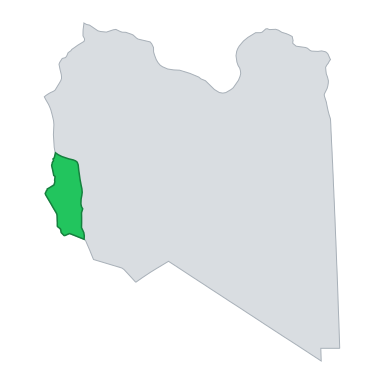 where Ghat sits in Libya
{"feature_id": "LBY-2968", "entity_name": "Ghat", "entity_type": "Municipality", "adm_level": 1, "iso_a3": "LBY", "parent_name": "Libya", "parent_adm1": "", "projection": "equal_earth", "projection_center": [10.299, 26.072], "detail": "fine", "context": "in_parent", "style": "filled", "palette": "green", "viewbox_px": 384, "rotation_deg": 0, "n_neighbors": 0, "source": "natural_earth", "source_scale": "10m", "svg_char_len": 3982}
<svg xmlns="http://www.w3.org/2000/svg" viewBox="0 0 384 384"><path d="M48.1,94.0L50.3,92.7L53.4,91.3L55.0,90.2L55.6,89.3L57.9,85.5L59.2,83.4L60.8,80.6L61.5,78.6L61.5,76.8L61.3,74.6L60.0,69.3L59.0,64.2L59.8,62.2L60.4,61.3L61.9,58.9L62.4,58.4L65.5,57.6L66.7,56.0L67.6,54.0L67.9,53.0L69.2,51.9L70.8,50.8L71.8,49.4L75.0,47.2L77.9,45.1L81.4,43.0L84.0,41.4L84.5,40.0L84.5,38.7L83.0,35.9L83.0,32.6L83.1,29.8L83.3,28.2L83.9,23.7L83.9,23.0L86.6,24.5L89.5,25.1L97.9,30.8L100.5,31.5L106.4,32.1L113.3,29.8L115.9,29.4L120.4,31.6L122.4,32.2L125.8,32.3L131.6,34.3L133.1,35.0L136.5,38.1L138.1,39.1L150.1,41.9L151.7,43.8L153.5,47.5L153.6,52.0L154.6,55.3L156.2,59.5L158.0,62.6L160.1,65.1L162.4,66.7L167.7,69.0L173.6,69.9L179.6,70.2L190.0,73.4L198.8,77.1L201.0,78.9L205.4,80.7L214.4,89.5L219.3,92.5L222.7,93.1L225.8,92.6L231.1,89.5L233.3,87.7L238.5,80.2L240.1,76.2L240.7,73.5L240.4,70.6L239.7,68.1L238.1,65.5L236.9,62.0L236.0,55.7L236.7,51.3L237.7,48.7L239.2,46.1L243.5,41.0L247.9,37.4L255.6,32.7L260.2,32.7L262.1,32.2L265.8,28.9L267.3,28.7L269.4,29.6L275.7,29.3L278.5,30.2L281.8,32.3L286.1,33.6L289.0,34.8L292.2,36.5L293.1,40.6L292.8,41.8L292.8,43.4L296.2,46.2L305.5,47.5L307.4,48.2L310.0,50.4L311.7,51.1L318.0,51.4L321.6,50.9L325.2,51.7L326.5,52.4L328.0,54.1L329.8,58.2L330.5,59.6L329.9,60.3L329.0,61.7L328.4,63.0L326.8,65.1L325.6,67.3L325.9,70.6L326.3,73.9L327.5,77.1L328.4,80.8L328.3,83.1L327.8,86.0L327.1,88.5L324.6,93.5L324.2,94.7L324.5,96.4L326.4,102.3L326.7,104.2L327.9,110.0L329.1,114.7L330.3,118.4L330.5,119.5L330.8,124.9L331.0,130.4L331.3,135.9L331.5,141.4L331.8,146.9L332.1,152.4L332.3,158.0L332.6,163.5L332.8,169.0L333.1,174.5L333.3,180.1L333.5,185.6L333.8,191.2L334.0,196.7L334.3,202.3L334.5,207.9L334.7,213.4L335.0,219.0L335.2,224.6L335.4,230.2L335.6,235.8L335.9,241.4L336.1,247.0L336.3,252.6L336.5,258.2L336.7,263.9L337.0,269.5L337.2,275.1L337.4,280.8L337.6,286.4L337.8,292.1L338.0,297.7L338.4,310.3L338.9,322.9L339.3,335.5L339.7,348.1L339.5,348.3L334.8,348.3L330.1,348.3L325.5,348.3L320.8,348.3L320.9,351.5L321.0,354.6L321.1,357.8L321.2,361.0L312.0,355.0L302.7,348.9L293.5,342.9L284.3,337.0L275.1,331.0L265.9,325.0L256.8,319.0L247.6,313.0L238.5,307.0L229.3,301.1L220.2,295.1L211.1,289.2L202.0,283.2L192.9,277.3L183.8,271.3L174.8,265.4L168.5,261.3L161.9,265.3L156.7,268.4L149.9,272.6L142.0,277.9L136.0,282.1L135.7,282.0L135.4,281.9L129.0,274.9L124.0,269.5L121.8,268.0L112.5,265.2L103.2,262.4L93.5,259.5L91.7,255.1L89.7,250.1L87.0,243.9L85.4,240.2L84.8,239.6L77.4,236.6L69.5,233.7L64.9,235.5L64.1,235.3L62.8,234.2L61.5,232.7L60.8,230.6L59.0,227.7L57.3,221.2L57.1,216.1L56.8,214.2L52.7,207.0L49.0,200.4L46.5,196.0L46.1,194.0L46.4,191.6L47.4,189.4L50.9,186.8L54.2,184.0L54.6,182.1L54.8,176.7L53.8,175.0L53.0,171.9L52.2,167.6L52.1,164.8L53.6,159.4L55.3,153.6L54.2,147.3L53.4,134.7L53.9,124.7L53.6,121.1L53.3,119.6L52.2,114.9L50.9,110.1L50.3,108.4L48.6,104.5L45.8,99.7L44.3,96.8L46.3,95.2L48.1,94.0Z" fill="#d9dde1" stroke="#a8b0b8" stroke-width="1"/><path d="M64.4,235.6L64.0,235.5L61.6,233.0L61.2,232.6L61.0,231.7L60.7,229.4L60.3,228.7L57.6,226.7L57.3,226.1L57.3,222.6L57.2,219.1L57.1,215.8L56.9,214.3L56.2,212.7L53.3,207.9L51.1,204.0L48.3,199.3L45.7,194.9L45.2,193.5L45.7,192.3L46.0,191.9L46.3,190.9L46.9,190.2L47.1,189.9L47.2,189.4L47.2,189.0L53.7,185.2L54.1,184.7L54.9,181.5L54.8,181.0L54.6,180.3L54.7,179.5L55.1,176.8L55.1,176.5L54.8,176.2L53.9,175.6L53.7,175.4L53.6,174.9L53.2,172.3L51.7,165.8L51.7,165.4L51.7,165.0L52.1,164.0L52.3,162.5L52.6,162.0L53.4,161.0L53.5,160.5L53.3,160.0L53.1,159.5L53.0,158.9L53.5,158.5L54.0,158.2L54.3,157.7L55.5,152.8L58.2,154.7L61.8,156.5L65.3,157.7L68.9,158.9L73.2,159.9L75.6,160.9L77.2,162.2L78.2,164.9L78.8,170.7L79.3,174.1L80.0,179.2L81.2,185.6L81.9,188.8L82.2,192.3L81.8,195.4L81.1,199.1L80.9,203.9L81.5,206.7L82.7,208.8L81.5,212.8L81.6,217.7L81.6,222.9L81.5,227.6L83.8,232.6L84.3,235.9L84.1,239.3L78.1,236.9L73.7,235.1L70.1,233.7L69.7,233.6L69.3,233.6L67.3,234.5L65.1,235.5L64.4,235.6Z" fill="#22c55e" stroke="#15803d" stroke-width="1.5"/></svg>